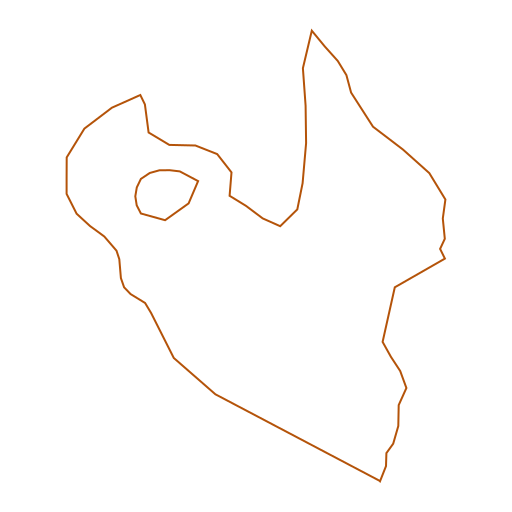 the District of Gədəbəy
{"feature_id": "AZE-1678", "entity_name": "Gədəbəy", "entity_type": "District", "adm_level": 1, "iso_a3": "AZE", "parent_name": "Azerbaijan", "parent_adm1": "", "projection": "robinson", "projection_center": [45.628, 40.56], "detail": "fine", "context": "isolated", "style": "outline", "palette": "amber", "viewbox_px": 512, "rotation_deg": 0, "n_neighbors": 0, "source": "natural_earth", "source_scale": "10m", "svg_char_len": 978}
<svg xmlns="http://www.w3.org/2000/svg" viewBox="0 0 512 512"><path d="M66.6,178.0L66.7,157.4L84.4,128.6L111.9,107.7L140.3,95.0L144.9,104.4L148.6,132.5L169.3,144.9L195.4,145.5L217.2,154.1L231.5,172.4L229.6,195.8L245.9,205.8L262.7,218.4L280.2,226.2L297.3,209.4L302.6,183.2L306.1,143.1L305.6,105.8L302.9,68.2L311.8,30.7L324.8,46.5L337.8,61.0L346.4,75.1L351.1,92.6L373.0,126.7L402.9,149.5L429.3,173.1L445.4,199.5L442.8,218.5L444.8,238.8L440.1,248.9L444.9,258.6L394.8,287.3L382.6,341.9L390.9,356.8L400.2,371.0L406.4,388.0L398.7,405.1L398.3,426.0L393.2,443.7L386.4,453.1L386.0,466.1L380.0,481.3L379.4,480.7L215.4,394.3L173.8,358.0L151.1,313.0L145.1,303.0L130.6,294.1L124.1,287.3L120.9,278.1L119.3,259.2L116.5,250.7L104.3,236.5L90.1,226.1L76.6,213.7L66.6,193.9L66.6,178.0ZM165.1,220.2L188.6,203.4L198.1,181.1L179.8,171.4L169.7,170.2L159.4,170.3L149.7,173.0L140.9,178.9L136.8,187.4L135.3,196.3L136.7,205.3L140.9,213.5L165.1,220.2Z" fill="none" stroke="#b45309" stroke-width="2"/></svg>